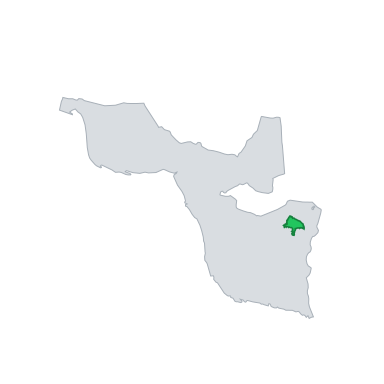 location of Muembe, Niassa, Mozambique, rotated 105°
{"feature_id": "85939544B2234925194697", "entity_name": "Muembe", "entity_type": "district", "adm_level": 2, "iso_a3": "MOZ", "parent_name": "Mozambique", "parent_adm1": "Niassa", "projection": "albers", "projection_center": [35.883, -12.778], "detail": "fine", "context": "in_parent", "style": "filled", "palette": "green", "viewbox_px": 384, "rotation_deg": 105, "n_neighbors": 0, "source": "geoboundaries", "source_scale": "gbopen_adm2", "svg_char_len": 7222}
<svg xmlns="http://www.w3.org/2000/svg" viewBox="0 0 384 384"><g transform="rotate(105 192 192)"><path d="M118.7,261.5L121.1,259.6L137.2,241.8L138.2,241.1L136.8,238.2L138.9,234.8L139.1,229.5L139.7,228.6L142.2,226.8L145.6,221.3L147.7,217.1L147.9,215.0L144.8,209.3L143.8,206.2L144.7,203.5L145.0,201.0L144.6,200.2L142.6,199.1L142.3,198.0L142.3,196.7L142.7,196.0L145.0,194.7L145.5,194.1L147.3,187.3L146.6,182.2L146.5,176.4L146.9,170.4L146.7,167.0L145.2,163.1L145.0,160.2L146.0,158.2L146.2,157.1L142.6,156.5L140.7,154.9L133.7,152.4L128.3,152.1L123.8,148.2L120.3,147.6L115.7,144.8L101.5,144.6L101.0,144.3L100.3,135.6L99.7,132.8L97.9,129.7L97.4,127.6L97.5,126.2L105.3,122.9L120.6,118.1L124.0,116.6L150.2,107.3L150.9,107.9L153.6,112.4L158.0,117.5L159.1,116.8L165.4,115.9L166.3,115.2L168.2,114.7L170.5,114.5L171.2,114.7L173.6,117.9L174.4,123.9L174.5,127.9L174.3,130.8L172.4,134.1L171.0,138.3L169.1,140.6L169.1,141.7L171.4,144.2L171.9,145.2L171.8,147.4L172.1,148.3L174.1,149.6L175.6,151.7L181.3,157.7L182.8,158.8L183.9,159.0L184.5,160.2L184.2,161.6L183.3,162.4L183.7,163.5L184.7,164.4L187.4,164.3L187.7,163.9L187.5,158.5L186.6,155.4L185.5,154.0L187.7,148.2L188.8,146.6L193.1,146.0L195.1,145.4L195.9,144.7L196.5,142.9L197.0,137.8L197.2,133.0L196.8,130.2L197.4,125.9L198.3,123.3L197.8,122.8L197.5,119.2L186.8,105.0L180.6,98.6L179.6,98.0L176.2,97.4L174.5,95.1L173.0,82.3L170.7,73.1L174.2,67.0L175.3,63.0L176.0,62.5L179.1,62.2L189.7,62.3L192.4,62.7L193.6,62.3L196.4,59.9L198.7,59.9L201.7,61.5L203.4,62.8L203.7,63.9L205.8,64.6L209.6,64.8L212.4,64.2L214.2,62.8L216.0,62.1L217.9,62.1L219.4,62.5L220.4,63.5L222.2,64.3L225.0,64.7L228.1,64.1L231.4,62.4L233.3,60.6L234.3,57.5L235.0,57.1L239.6,56.9L242.1,57.5L245.3,59.4L250.8,56.1L254.3,55.0L257.6,55.0L260.3,54.2L262.5,52.6L264.8,51.6L269.4,50.5L272.5,48.9L281.2,42.4L282.1,44.3L283.8,46.1L281.5,48.0L283.5,49.2L282.0,51.0L281.8,52.3L282.5,53.5L281.5,55.6L280.2,57.2L279.8,58.4L280.9,60.6L280.3,64.4L281.9,70.8L281.4,72.9L281.7,78.0L281.0,79.8L282.1,80.4L282.6,82.5L282.1,85.9L280.1,87.4L279.9,88.8L282.3,88.9L282.2,93.3L281.9,94.6L282.4,96.1L281.7,97.7L282.4,104.8L282.4,109.9L282.5,110.7L284.5,111.6L284.4,113.0L283.1,114.8L283.1,117.6L284.6,115.4L285.5,115.4L286.2,116.3L286.2,119.4L286.6,120.9L286.4,122.3L284.0,124.8L283.8,127.3L282.9,127.6L282.4,128.2L283.0,129.6L283.0,130.9L281.3,134.7L273.1,143.9L272.9,145.5L270.8,148.4L268.6,148.8L267.4,149.6L268.3,152.2L257.6,158.6L256.5,159.5L254.7,161.9L251.2,163.1L247.4,163.3L246.7,163.8L238.1,166.7L236.4,168.1L232.7,169.4L226.9,172.6L222.1,175.7L216.7,180.3L216.0,182.8L213.5,186.1L209.7,189.9L207.4,193.1L207.3,194.6L205.9,195.0L204.8,193.6L204.3,196.2L203.4,196.4L202.4,195.9L197.6,198.6L194.1,201.8L189.1,207.8L181.8,213.7L180.1,213.8L177.8,211.8L176.6,211.7L178.4,213.9L178.4,218.8L177.5,224.5L177.6,225.8L182.5,231.8L184.8,238.9L185.0,242.5L187.5,247.2L188.6,254.2L188.3,260.8L189.5,261.8L189.9,260.9L190.1,256.8L190.8,255.6L191.4,255.8L192.0,258.0L192.2,260.4L191.4,265.5L191.6,267.6L192.8,271.0L191.4,275.0L189.3,286.1L189.8,286.9L190.9,287.1L191.3,285.9L191.9,285.9L192.3,286.6L191.4,291.0L190.5,292.9L187.4,297.6L185.7,299.6L182.9,301.5L176.3,304.6L163.1,309.2L154.8,312.7L148.2,316.9L145.4,319.7L144.2,322.9L142.0,326.2L144.0,328.9L146.5,330.9L147.6,327.6L148.3,327.5L147.2,341.2L138.2,341.6L135.6,341.1L134.1,341.2L133.9,335.5L132.8,331.3L133.2,328.2L133.0,326.6L131.1,325.5L130.6,322.2L131.6,319.7L131.3,298.6L128.0,288.4L123.5,281.0L123.2,277.4L121.1,269.2L118.7,261.5ZM176.5,72.2L177.6,71.7L177.8,70.6L177.1,70.1L176.5,70.2L176.1,71.9L176.5,72.2ZM175.8,70.3L174.9,69.5L174.2,69.7L174.0,70.4L174.7,71.3L175.4,71.3L175.8,70.3Z" fill="#d9dde1" stroke="#a8b0b8" stroke-width="1"/><path d="M198.9,92.9L199.0,92.8L199.3,93.1L199.6,93.2L199.7,93.3L199.7,93.6L199.6,93.8L199.8,93.8L199.9,94.0L200.1,94.2L200.0,94.3L200.1,94.5L200.2,94.4L200.3,94.4L200.4,94.5L200.4,94.4L200.5,94.5L200.5,94.4L200.8,94.2L200.9,94.3L201.0,94.3L201.0,94.2L201.4,93.9L201.5,93.9L201.8,93.8L202.1,93.8L202.4,93.6L202.3,93.4L202.1,93.4L201.8,93.5L201.6,93.4L201.5,93.2L201.5,92.9L201.4,92.8L201.4,92.5L201.2,92.4L201.0,92.2L200.9,91.9L201.0,91.8L200.9,91.8L200.9,91.7L200.9,91.3L200.8,91.2L200.8,90.4L200.9,90.1L200.9,89.9L201.0,89.9L201.1,89.7L200.9,89.7L200.8,89.4L200.6,89.1L200.7,88.9L200.8,88.7L200.8,88.8L200.8,88.7L200.9,88.4L200.9,87.9L200.9,87.6L200.9,87.1L200.7,86.9L200.6,86.6L200.8,86.2L200.8,85.7L200.6,85.6L201.0,85.7L201.5,85.4L201.8,85.3L201.9,85.1L202.1,85.0L202.7,85.3L202.9,85.3L203.0,85.2L203.1,84.9L203.3,84.9L203.5,84.9L203.7,85.0L203.9,85.0L204.0,85.1L204.0,84.8L204.0,84.7L204.1,84.8L204.5,85.0L204.6,84.9L204.8,84.7L204.7,84.7L204.8,84.6L205.0,84.7L205.3,84.5L205.6,84.6L206.1,84.6L206.3,84.7L206.5,84.8L206.6,84.7L206.6,84.4L207.0,84.3L207.0,84.1L207.3,83.9L207.6,83.8L207.6,83.6L207.8,83.5L207.7,83.5L207.6,83.4L207.6,83.2L207.6,83.3L207.6,83.2L207.6,82.8L207.5,82.6L207.4,82.6L207.4,82.3L207.4,82.2L207.1,82.2L206.7,82.1L206.4,82.3L206.2,82.3L205.9,82.4L205.9,82.5L205.7,82.5L205.5,82.8L205.3,82.9L205.3,83.0L205.1,83.0L205.0,82.9L204.8,82.8L204.7,82.7L204.6,82.8L204.2,82.6L203.9,82.7L203.7,82.6L203.2,82.6L202.9,82.6L202.6,82.5L202.0,82.3L201.6,82.4L201.2,82.6L200.8,82.9L200.6,82.9L200.5,82.7L200.5,82.2L200.4,81.9L200.1,81.8L200.1,81.6L199.9,81.5L199.8,81.2L199.6,80.9L199.4,80.8L199.3,80.6L199.3,80.2L199.1,80.0L199.1,79.8L199.0,79.6L198.9,79.3L199.0,79.2L198.9,79.1L198.8,78.9L198.8,78.7L198.8,78.3L198.7,78.3L198.7,78.1L198.8,78.1L198.7,78.0L198.5,77.9L198.3,77.8L198.3,77.6L198.3,77.4L198.3,77.1L198.2,76.9L198.3,76.8L198.3,76.7L198.2,76.5L198.3,76.4L198.5,76.2L198.4,76.0L198.5,75.8L198.4,75.7L198.4,75.4L198.5,75.2L198.4,75.2L198.3,74.9L198.3,74.3L198.4,74.2L198.2,74.2L197.5,74.4L197.5,74.6L197.5,74.8L197.4,74.9L197.3,75.2L197.2,75.3L197.1,75.2L196.7,75.1L196.6,74.9L196.3,74.9L196.1,75.0L196.1,75.5L195.8,75.6L195.7,75.9L195.2,75.9L195.0,76.1L194.7,76.3L194.4,76.4L194.3,76.6L194.2,76.5L193.9,76.8L193.9,77.1L193.9,77.3L193.9,77.6L193.7,77.7L193.6,77.8L193.6,78.0L193.1,78.8L192.9,79.0L192.8,79.4L192.7,79.4L192.5,79.7L192.4,80.0L192.5,80.0L192.4,80.2L192.1,80.4L192.1,80.5L192.3,80.8L192.4,81.0L192.3,81.3L192.1,81.4L192.0,81.6L192.0,81.8L192.1,82.3L192.1,82.6L192.2,82.8L191.9,83.1L191.7,83.3L191.6,83.9L191.5,84.0L191.6,84.3L191.6,84.6L191.7,84.9L191.7,85.1L191.5,85.3L191.4,85.4L191.4,85.5L191.2,85.8L191.3,85.8L191.3,86.0L191.0,86.3L191.1,86.5L191.1,87.2L191.0,87.3L190.9,87.5L191.0,87.6L191.0,87.8L191.2,88.0L190.9,88.1L190.9,88.3L190.7,88.4L190.8,88.5L190.7,88.7L190.7,88.8L190.5,89.0L190.3,89.0L190.4,89.5L190.1,89.4L190.1,89.5L190.1,89.8L189.8,90.1L189.7,90.3L189.8,90.4L190.0,90.6L190.0,90.8L189.9,90.9L189.9,91.0L189.9,91.3L190.1,91.4L190.8,91.5L191.0,91.7L191.4,91.8L191.6,91.9L191.8,92.0L191.9,91.9L191.8,91.6L192.0,91.8L192.3,91.9L192.5,91.9L192.7,92.0L192.9,92.3L193.1,92.3L193.3,92.2L193.5,92.3L193.8,92.5L194.1,92.6L194.4,92.8L194.5,92.9L194.7,93.0L194.9,93.0L195.0,93.0L195.0,92.9L195.1,93.0L195.3,93.0L195.7,92.8L195.8,92.7L196.2,92.5L196.3,92.6L196.5,92.7L196.8,92.6L197.1,92.4L197.1,92.5L197.3,92.6L197.5,92.5L197.6,92.4L197.7,92.5L197.7,92.4L197.8,92.4L198.0,92.3L198.2,92.5L198.3,92.4L198.3,92.5L198.5,92.6L198.8,92.9L198.9,92.9Z" fill="#22c55e" stroke="#15803d" stroke-width="1.5"/></g></svg>